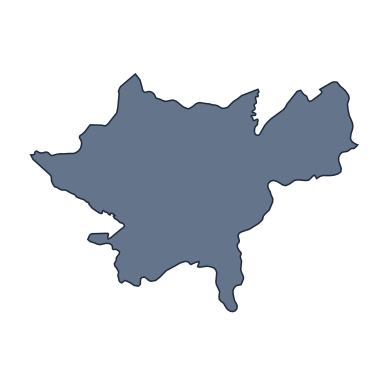 SVG path tracing the border of As-Sulaymaniyah, rotated 93°
{"feature_id": "IRQ-3242", "entity_name": "As-Sulaymaniyah", "entity_type": "Province", "adm_level": 1, "iso_a3": "IRQ", "parent_name": "Iraq", "parent_adm1": "", "projection": "natural_earth1", "projection_center": [45.337, 35.514], "detail": "fine", "context": "isolated", "style": "filled", "palette": "slate", "viewbox_px": 384, "rotation_deg": 93, "n_neighbors": 0, "source": "natural_earth", "source_scale": "10m", "svg_char_len": 6022}
<svg xmlns="http://www.w3.org/2000/svg" viewBox="0 0 384 384"><g transform="rotate(93 192 192)"><path d="M136.3,29.0L138.4,30.7L140.1,32.6L140.2,34.9L141.0,36.2L142.1,37.3L143.2,38.9L143.8,41.0L144.0,42.6L144.5,44.0L146.0,45.8L149.6,47.4L153.4,47.1L160.7,44.2L164.1,44.5L166.4,47.4L167.8,51.4L168.4,55.2L168.7,62.2L169.7,65.0L172.1,68.2L168.9,70.3L169.7,72.2L172.1,74.1L174.0,76.0L174.6,79.2L174.3,86.7L175.0,90.1L179.1,95.4L180.7,98.7L180.2,101.9L178.6,104.5L176.9,107.9L176.2,111.2L177.0,113.9L179.4,116.3L182.2,116.7L185.1,115.7L187.7,113.9L190.1,113.2L194.5,111.0L197.9,111.0L205.9,113.9L210.7,118.4L212.4,119.5L216.0,120.2L219.9,123.8L226.0,132.5L229.4,140.9L231.0,143.0L233.4,143.7L238.3,142.2L239.8,142.5L241.9,143.9L244.6,143.8L247.2,142.5L250.4,139.7L251.7,139.8L253.1,140.2L254.4,140.4L258.6,138.9L267.0,139.3L269.6,138.4L272.2,137.0L274.3,136.1L276.5,136.2L280.5,137.7L281.5,137.9L282.1,138.5L282.8,141.8L283.3,142.9L284.1,143.8L285.2,144.7L287.9,145.9L290.7,145.8L296.2,144.5L298.7,143.6L301.0,142.0L303.3,140.9L306.2,141.1L308.4,142.7L309.3,144.9L309.1,147.4L307.6,150.1L305.5,152.0L301.5,154.6L299.7,157.2L297.7,159.2L294.9,159.5L289.8,159.2L283.2,162.8L280.5,163.4L271.3,163.1L268.6,164.1L266.9,165.9L265.9,168.5L265.4,171.4L265.4,174.0L266.7,180.3L266.3,182.5L262.3,181.3L261.7,181.3L261.1,181.5L262.2,184.8L263.7,187.9L264.2,188.5L264.4,189.2L264.2,189.9L263.7,190.5L262.7,191.4L262.0,192.4L261.7,193.7L261.7,195.2L263.4,199.9L271.9,213.6L279.2,220.1L282.3,223.8L283.3,228.6L282.3,230.9L280.7,232.9L279.5,235.0L279.9,237.5L281.7,238.8L286.9,238.8L288.8,240.5L288.4,244.8L285.5,249.7L283.8,254.3L286.5,257.5L285.4,259.5L284.0,260.3L282.4,260.6L279.1,261.7L276.7,261.1L275.4,261.2L271.8,263.4L269.9,265.2L267.8,265.8L263.9,264.0L262.2,264.2L260.8,263.6L258.0,261.8L256.1,261.1L255.2,261.5L253.3,264.5L253.2,265.3L253.6,267.3L253.3,268.1L252.5,268.5L250.7,268.7L249.8,268.9L248.4,270.4L247.8,272.2L247.7,274.4L248.1,276.6L249.4,280.8L249.0,283.9L247.9,286.9L246.9,290.9L244.9,293.6L241.3,292.3L239.8,291.5L238.9,289.7L237.7,274.7L237.8,273.6L238.1,273.3L238.5,273.4L239.5,273.3L240.0,273.4L240.6,273.6L241.1,273.7L241.8,273.7L242.4,273.5L242.9,273.3L243.3,273.1L241.9,270.7L232.9,261.0L232.1,259.9L231.5,259.2L230.5,258.3L229.6,257.8L228.8,257.8L228.0,258.3L226.8,259.6L226.7,260.4L226.5,261.5L226.1,262.4L225.3,263.4L223.9,265.1L223.3,266.1L222.7,267.4L222.4,268.1L221.3,268.6L220.9,268.8L220.5,269.2L220.2,269.3L220.0,269.2L220.0,268.9L220.0,268.4L219.9,268.1L219.6,267.8L219.2,268.0L218.7,268.5L217.9,270.0L217.5,270.8L217.6,272.1L217.9,272.5L218.3,272.6L218.8,272.4L219.0,272.3L219.2,272.6L219.1,273.1L218.5,274.3L217.4,275.0L216.9,275.7L216.4,278.0L215.1,279.2L215.4,280.2L215.8,280.3L217.1,280.4L217.5,280.5L217.9,280.7L218.1,281.0L218.2,281.3L218.2,282.2L217.8,283.2L217.1,284.7L214.1,289.7L213.0,291.2L209.6,294.3L209.2,294.3L208.8,294.2L208.4,294.3L208.0,294.6L207.9,295.5L207.7,296.3L207.1,297.3L205.8,298.7L204.8,301.2L204.4,303.1L203.3,306.1L203.1,306.8L202.8,307.3L202.0,307.7L201.4,308.2L200.8,309.1L199.0,313.7L197.6,316.3L197.1,317.5L196.8,318.4L196.8,318.9L196.7,319.5L196.7,320.1L196.7,320.7L196.8,321.1L196.9,321.6L196.8,322.0L196.5,323.2L196.2,324.0L194.7,326.7L194.2,328.2L194.2,328.7L194.1,329.1L193.4,329.9L192.5,330.7L190.0,332.1L188.7,332.7L187.5,333.0L186.7,333.0L185.4,333.3L184.9,333.3L183.9,333.3L182.1,334.8L167.8,352.4L163.4,355.0L163.1,352.5L162.8,351.8L162.5,351.3L161.9,351.2L161.5,351.2L161.1,351.1L160.0,350.7L159.7,350.4L159.3,349.7L159.3,349.1L160.3,347.3L160.7,346.2L160.9,345.2L160.9,344.3L160.8,343.5L160.0,341.1L159.8,340.1L159.8,339.1L160.0,338.4L160.3,337.6L162.2,335.6L162.7,334.7L162.9,334.1L162.9,333.4L161.5,329.2L160.7,325.5L160.6,324.4L160.6,323.6L160.7,322.9L160.6,321.8L160.1,318.2L159.7,312.4L159.3,310.9L158.2,309.2L157.2,307.9L155.4,306.3L154.1,305.7L152.4,305.1L149.6,304.8L148.1,304.9L146.9,305.3L143.8,307.1L143.1,307.3L142.2,307.1L141.3,306.5L140.1,304.7L137.3,302.0L130.3,297.3L130.0,285.7L130.4,283.5L130.5,282.8L130.4,282.1L130.1,281.4L128.5,279.5L117.1,271.4L112.2,270.5L97.8,269.9L95.5,270.7L92.6,269.9L90.4,268.8L77.1,254.7L83.0,249.7L93.3,246.4L94.7,245.0L95.0,243.7L94.1,241.4L93.9,240.2L94.0,238.8L94.5,237.3L95.9,235.3L97.5,234.2L98.7,233.5L99.7,233.2L100.1,232.5L100.5,231.4L100.9,229.3L102.3,225.8L102.9,223.3L102.4,220.9L101.6,218.1L101.2,215.7L102.2,212.5L107.0,205.9L108.3,203.2L109.0,200.9L108.9,199.1L106.4,195.6L103.6,192.4L102.7,190.7L102.3,189.1L102.8,184.5L103.2,178.6L103.8,176.7L104.1,172.6L104.6,170.8L106.8,166.8L106.7,164.1L105.6,160.9L99.5,155.4L96.6,151.3L93.2,147.6L86.0,131.5L88.4,130.4L88.8,130.5L89.4,130.8L89.8,131.3L90.3,131.8L90.8,131.7L92.2,130.9L92.8,130.9L93.2,131.2L93.4,131.5L93.4,131.9L93.4,132.3L93.5,132.8L93.9,133.5L94.6,133.6L95.3,133.4L98.5,132.5L99.5,132.5L100.2,132.7L100.8,133.8L101.6,134.5L102.3,134.5L103.0,134.2L103.8,133.8L104.9,133.4L105.7,133.4L106.3,133.7L106.9,134.3L107.4,135.0L108.4,135.9L109.0,136.0L109.4,135.6L109.5,135.1L109.7,134.0L109.9,133.5L110.2,132.9L110.8,132.4L111.2,132.4L111.7,132.6L112.1,132.9L112.3,133.4L112.5,135.8L112.8,136.7L113.1,136.9L113.5,136.8L114.7,135.5L116.7,134.8L117.5,133.8L117.3,133.4L115.9,130.7L116.0,130.3L116.4,130.0L117.4,129.8L117.9,129.9L118.7,130.2L119.2,130.3L120.6,130.1L121.2,130.2L121.7,130.5L122.3,131.1L122.5,131.3L122.8,131.5L123.1,131.9L123.8,132.3L125.0,132.7L128.0,132.8L129.4,132.6L130.4,132.2L131.2,131.6L131.5,131.1L131.8,130.1L132.0,129.8L132.0,129.4L132.0,129.0L131.8,128.5L130.9,127.4L122.0,123.0L118.8,120.7L114.7,116.8L105.1,105.1L103.8,104.0L102.2,103.0L99.2,101.7L86.1,92.3L85.4,90.8L84.8,88.7L87.7,86.5L88.7,85.4L89.4,84.3L90.1,83.0L91.1,82.2L94.2,80.8L95.4,79.4L95.0,78.1L94.3,76.8L87.7,68.9L86.4,67.8L85.0,67.7L84.2,68.3L82.9,69.8L75.4,58.3L74.7,56.3L74.7,52.9L79.0,49.1L80.5,46.9L83.0,44.0L87.1,40.9L89.8,40.0L92.0,40.3L95.7,41.4L101.7,40.5L107.4,39.0L114.2,35.6L117.1,34.9L119.8,34.8L125.4,36.2L129.9,36.6L131.8,35.9L133.3,34.8L135.1,32.1L135.8,30.5L136.3,29.0Z" fill="#64748b" stroke="#1e293b" stroke-width="1.5"/></g></svg>